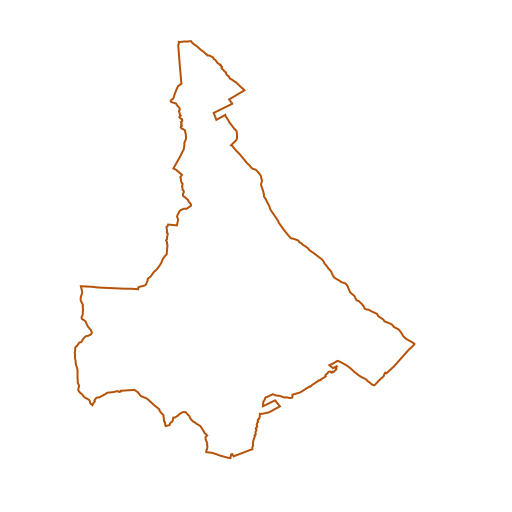 the district of Dagata, Iasi, Romania, rotated 188°
{"feature_id": "2599482B86664490925481", "entity_name": "Dagata", "entity_type": "district", "adm_level": 2, "iso_a3": "ROU", "parent_name": "Romania", "parent_adm1": "Iasi", "projection": "natural_earth1", "projection_center": [27.196, 46.933], "detail": "fine", "context": "isolated", "style": "outline", "palette": "amber", "viewbox_px": 512, "rotation_deg": 188, "n_neighbors": 0, "source": "geoboundaries", "source_scale": "gbopen_adm2", "svg_char_len": 6038}
<svg xmlns="http://www.w3.org/2000/svg" viewBox="0 0 512 512"><g transform="rotate(188 256 256)"><path d="M86.9,190.5L86.8,191.0L88.5,192.0L95.7,194.8L98.8,196.9L99.5,197.6L100.3,198.9L103.4,202.2L104.7,203.2L109.6,204.9L111.5,206.8L113.1,207.6L119.6,209.1L121.1,210.8L126.7,213.5L128.1,215.5L134.5,217.5L136.8,218.5L139.2,218.4L141.2,219.1L142.2,221.0L143.7,222.5L147.8,225.6L149.6,225.9L150.4,226.3L150.7,226.9L151.7,228.0L152.8,229.9L157.8,233.2L160.2,237.2L160.7,238.2L162.3,240.3L164.0,241.4L168.3,242.1L168.9,242.7L175.8,245.6L175.9,246.1L177.1,247.2L179.6,251.3L182.7,253.9L185.1,256.5L187.2,258.1L188.2,259.9L190.1,261.7L199.4,267.0L203.6,269.0L205.2,270.6L208.8,272.7L210.5,273.2L212.9,275.0L214.9,275.6L216.0,276.9L216.8,277.4L221.4,278.3L223.1,278.3L224.6,278.9L231.5,285.2L238.3,292.4L238.9,293.7L248.2,304.0L250.0,307.7L251.9,310.1L253.8,313.1L256.3,315.9L256.5,316.5L256.6,317.8L257.9,321.1L260.8,326.8L261.0,328.2L260.5,331.1L262.1,335.4L262.9,336.8L267.6,341.0L269.1,341.6L271.6,342.0L272.9,342.8L275.1,344.9L277.7,346.6L286.0,354.3L291.2,358.3L294.9,361.8L296.1,362.2L291.8,367.8L291.4,368.9L291.2,369.7L291.9,374.5L292.7,377.1L295.3,379.1L300.6,384.3L304.2,388.8L305.4,389.9L306.1,391.4L314.2,385.3L317.8,391.8L300.7,403.4L301.0,404.1L301.7,404.5L304.4,407.3L290.5,418.5L291.8,419.6L293.5,420.5L299.8,425.1L302.1,426.1L303.9,427.1L306.5,428.1L308.0,430.1L309.4,430.7L311.0,432.2L311.2,433.6L313.0,434.4L314.0,435.6L315.1,436.2L316.4,437.5L316.0,438.7L317.0,439.3L317.7,440.5L318.5,440.2L319.4,441.1L320.9,441.7L323.4,444.4L325.5,445.4L326.0,446.6L330.2,448.1L332.0,447.8L332.9,448.9L333.8,449.1L335.5,450.4L340.0,452.9L343.1,455.1L348.3,457.8L350.1,459.7L355.0,458.6L356.7,458.5L361.0,457.3L362.3,457.3L361.9,455.7L362.4,454.2L358.1,434.6L353.8,416.0L354.7,415.5L356.9,413.2L357.5,411.3L359.0,405.5L359.7,400.8L359.9,400.3L361.6,398.8L362.1,397.5L361.4,396.6L356.4,395.9L355.2,394.3L353.5,393.0L352.2,391.6L351.8,390.2L352.4,389.2L352.4,388.6L351.2,386.0L351.2,385.6L350.1,384.5L351.0,383.7L351.2,383.3L351.2,382.9L349.8,381.6L348.3,381.3L347.8,379.7L348.9,378.2L348.1,377.0L348.4,376.5L348.5,375.8L347.6,374.8L347.7,374.1L348.2,374.0L348.3,373.6L348.4,372.9L347.5,371.9L346.0,371.6L343.7,370.5L343.5,369.1L342.8,367.8L341.8,364.0L341.7,361.5L342.5,359.2L342.6,358.0L342.3,354.5L342.5,351.0L343.1,349.8L344.9,344.1L350.0,331.2L347.6,330.5L340.6,326.1L341.9,323.6L341.5,322.9L340.4,319.2L339.7,318.0L338.8,317.4L338.7,316.1L338.9,314.4L338.3,313.2L337.9,311.3L336.9,310.7L336.3,309.2L337.0,307.6L336.8,306.3L336.4,305.1L334.8,304.5L330.9,301.8L330.1,300.3L328.7,299.2L327.5,297.8L327.5,296.6L331.3,293.1L333.9,292.8L337.4,290.7L337.9,289.8L338.1,289.0L338.6,288.5L338.6,287.6L339.4,285.8L339.7,284.2L338.7,282.3L338.2,280.7L338.6,275.3L347.4,274.9L347.7,273.4L348.7,272.3L347.6,268.5L347.5,266.5L346.6,266.0L346.4,265.7L346.7,261.8L346.4,260.4L347.0,259.5L347.2,258.9L346.0,257.3L346.0,255.7L345.3,255.1L345.2,254.5L344.7,245.3L346.5,242.7L347.9,239.9L348.8,236.2L350.0,233.3L351.9,229.8L353.6,227.4L354.6,226.4L357.7,220.7L360.0,218.5L360.1,217.7L359.8,216.8L360.5,214.8L360.9,212.7L361.4,211.9L362.6,211.1L367.7,209.0L368.3,208.3L368.1,206.7L374.2,206.3L383.7,205.1L408.3,202.8L414.0,202.7L425.2,201.7L423.0,196.0L423.0,195.2L423.7,191.4L423.8,190.0L423.3,187.3L420.5,183.4L420.6,182.2L419.7,177.9L419.9,176.7L419.4,174.7L419.6,173.1L420.2,171.1L420.0,170.2L419.7,169.5L417.1,168.4L415.6,167.4L413.9,164.4L412.4,162.5L409.7,160.2L408.5,158.5L407.9,157.2L408.0,156.5L408.7,155.2L411.1,153.6L412.9,153.1L414.3,151.8L415.5,150.1L416.3,148.4L416.8,146.8L417.3,146.3L418.7,145.8L419.0,145.5L420.5,142.4L421.9,141.0L422.2,139.8L421.9,136.7L422.1,135.1L421.4,133.0L421.1,129.9L419.7,125.9L419.8,125.2L419.5,124.1L417.0,118.9L415.8,110.6L415.0,106.9L415.0,105.8L413.2,103.1L413.2,101.5L413.5,99.9L413.2,98.1L411.4,96.3L408.8,94.7L406.4,92.3L401.3,90.3L400.6,89.6L399.6,87.0L397.2,85.5L396.9,87.0L395.5,89.1L395.4,89.6L395.9,90.6L394.5,93.1L392.8,94.0L391.4,94.2L388.2,96.6L387.5,97.3L386.0,98.1L384.2,99.9L378.6,101.3L374.8,102.8L374.0,102.9L373.3,102.4L372.8,102.3L371.0,103.0L371.2,103.7L357.7,106.5L354.0,104.6L350.5,101.2L345.3,100.0L343.6,99.3L336.3,94.3L330.4,90.7L330.0,89.5L328.8,88.1L325.6,85.5L324.1,79.9L323.8,79.2L323.1,78.9L322.1,75.3L321.7,75.0L318.1,76.6L317.8,78.0L317.4,79.0L316.0,80.3L315.6,81.1L315.5,83.9L315.3,84.5L313.5,84.9L311.0,87.2L310.0,88.6L306.8,91.2L303.9,91.6L301.0,89.0L300.3,88.7L299.4,87.8L299.0,86.7L297.4,85.0L295.1,83.2L293.5,82.7L291.8,81.7L287.5,79.9L283.5,75.3L282.4,73.7L279.4,71.5L280.8,69.5L280.3,67.3L278.2,63.7L278.3,62.0L277.6,60.9L277.6,57.8L278.1,56.6L278.1,55.7L277.9,54.8L272.4,55.0L267.1,54.1L265.3,53.6L256.0,52.3L253.2,52.3L253.0,56.2L252.1,56.6L250.3,54.5L234.3,63.4L232.7,64.0L233.0,65.7L232.5,68.1L233.0,70.0L232.9,73.4L232.6,74.0L232.7,74.9L232.2,76.1L232.3,76.6L232.0,77.1L232.5,78.2L232.2,78.7L231.5,79.2L232.0,81.7L231.3,83.4L231.5,84.0L232.1,84.5L232.1,85.5L231.5,86.0L231.6,86.5L231.1,87.0L231.5,87.9L231.4,88.4L231.9,89.4L231.5,90.5L231.5,91.2L230.8,91.9L231.4,93.2L231.3,94.2L230.8,94.7L230.7,95.2L230.2,95.4L230.0,96.4L229.9,97.8L230.2,100.3L228.2,100.5L221.5,102.9L211.4,110.4L217.0,115.7L228.2,108.2L228.5,112.2L228.3,113.0L227.3,115.1L227.1,116.9L226.7,117.3L223.9,118.9L220.1,121.5L217.2,120.7L213.0,120.8L208.2,119.8L205.7,120.4L203.2,120.0L200.6,120.6L200.4,120.9L200.4,122.6L200.7,123.7L193.3,127.0L184.7,134.3L184.3,134.1L183.7,134.4L182.9,135.6L181.5,137.0L176.8,141.0L176.8,141.5L174.7,142.0L174.7,142.7L170.2,146.4L170.7,147.8L168.7,150.1L168.2,151.2L166.6,151.9L164.7,151.0L164.3,152.1L163.5,151.8L162.4,152.7L160.8,154.8L160.6,155.4L161.9,156.3L160.4,157.8L160.8,158.1L164.1,155.6L168.1,158.1L164.3,160.6L160.7,163.5L158.6,163.1L154.1,161.5L149.6,159.6L145.4,157.0L141.0,153.9L139.9,153.6L138.7,152.6L134.5,150.7L129.5,149.0L128.1,147.7L125.4,146.3L123.5,145.0L122.4,144.6L120.7,144.5L115.8,151.2L112.9,154.6L112.3,157.4L111.7,158.5L110.5,158.0L104.0,165.9L91.1,185.3L89.7,186.7L86.9,190.5Z" fill="none" stroke="#b45309" stroke-width="2"/></g></svg>